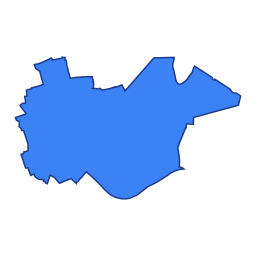 Middelburg, Zeeland, Netherlands (Albers equal-area conic projection)
{"feature_id": "6326949B99945652837924", "entity_name": "Middelburg", "entity_type": "district", "adm_level": 2, "iso_a3": "NLD", "parent_name": "Netherlands", "parent_adm1": "Zeeland", "projection": "albers", "projection_center": [3.627, 51.502], "detail": "fine", "context": "isolated", "style": "filled", "palette": "blue", "viewbox_px": 256, "rotation_deg": 0, "n_neighbors": 0, "source": "geoboundaries", "source_scale": "gbopen_adm2", "svg_char_len": 5082}
<svg xmlns="http://www.w3.org/2000/svg" viewBox="0 0 256 256"><path d="M186.3,126.4L186.4,123.9L189.7,124.0L193.3,124.3L193.6,117.4L211.7,112.5L238.4,105.2L239.0,102.9L240.6,96.0L236.0,93.0L235.2,93.1L234.7,93.1L234.3,93.0L233.7,92.9L233.3,92.8L232.9,92.6L232.6,92.4L232.4,92.3L232.0,91.9L231.5,91.4L231.0,90.6L230.9,90.4L230.1,89.2L215.1,79.4L215.0,79.8L214.8,80.3L214.5,80.2L214.4,80.1L214.4,79.9L214.0,79.6L213.2,79.4L212.7,79.0L212.4,78.6L212.3,78.4L212.2,78.3L212.1,78.1L211.9,77.3L194.6,66.1L193.9,67.3L193.6,68.0L193.3,68.8L192.7,70.5L192.5,71.3L192.4,71.9L192.1,72.4L191.9,72.8L191.6,73.3L191.3,73.7L191.0,73.9L190.5,74.4L189.9,75.1L189.4,75.9L187.9,78.1L186.5,79.9L185.3,81.1L183.2,82.6L182.4,83.2L181.7,83.7L181.1,83.9L180.6,84.1L179.7,84.4L177.4,83.0L177.2,82.8L177.0,82.5L176.7,82.1L176.4,81.5L176.2,81.0L176.0,80.5L175.8,80.0L175.7,79.2L174.0,71.4L173.7,69.9L172.9,67.3L172.8,66.6L172.7,66.0L172.7,65.4L172.9,63.6L173.2,62.2L173.6,61.0L173.8,60.4L173.9,59.9L174.2,57.4L153.9,57.9L153.2,58.6L153.0,58.9L152.3,59.6L150.4,61.9L149.7,62.7L147.7,64.9L147.1,65.7L136.7,77.6L136.4,77.9L136.3,78.1L135.0,79.6L134.7,79.9L133.4,81.5L131.2,83.9L125.0,91.0L124.0,89.0L123.9,89.1L122.9,87.1L121.9,84.9L115.6,87.3L115.3,86.7L109.4,88.8L109.3,88.7L102.4,90.1L101.2,89.3L101.0,89.2L99.7,88.3L99.3,89.0L93.1,88.3L93.3,88.2L93.4,87.8L93.4,87.3L93.4,85.8L93.4,85.5L93.5,85.2L93.6,84.7L93.6,83.8L93.6,83.4L93.6,83.1L93.6,82.9L93.5,82.6L93.3,82.2L93.2,81.9L93.4,81.3L93.4,81.1L93.0,80.1L92.9,79.2L92.6,78.6L92.3,78.3L92.2,77.9L92.2,77.5L92.3,76.8L92.1,76.8L91.0,76.7L90.7,76.8L87.6,76.6L87.3,76.7L87.0,76.8L85.3,76.8L84.4,76.9L83.6,76.9L83.0,76.9L82.8,77.0L82.8,76.9L81.0,77.0L79.0,77.3L79.0,77.2L76.8,77.2L75.4,77.5L70.3,78.4L70.2,78.3L70.3,78.2L69.3,75.0L67.3,67.3L67.2,67.0L66.7,65.1L66.7,64.5L66.7,64.1L66.4,61.5L66.2,60.3L66.1,60.2L65.8,60.0L65.6,60.0L65.3,60.0L65.1,60.0L65.0,59.9L65.0,59.7L65.0,58.8L65.1,57.5L64.7,57.5L63.5,57.4L62.2,57.2L62.1,58.1L52.5,60.0L51.5,58.1L51.4,58.0L51.2,58.0L50.0,58.6L48.9,59.3L48.1,59.7L44.4,61.3L42.3,62.3L38.9,63.6L38.6,63.8L36.5,64.1L36.0,64.3L34.4,64.5L35.5,68.2L35.5,68.3L39.6,71.2L39.7,71.3L40.4,73.8L40.9,75.8L42.1,79.9L43.4,84.3L39.2,85.9L31.6,87.9L31.7,88.6L26.4,90.2L27.0,96.1L24.7,96.4L24.7,96.5L24.7,96.8L24.8,97.1L24.9,97.5L25.2,99.0L25.3,99.5L25.4,99.9L25.4,100.6L25.5,102.8L25.3,103.2L24.8,103.4L23.6,103.2L23.4,103.2L23.0,103.2L22.7,103.3L22.3,103.7L22.1,103.8L21.7,104.0L21.3,104.2L20.1,105.3L20.0,105.5L20.3,105.8L23.4,110.0L23.6,110.3L24.1,111.0L24.4,111.3L25.4,112.6L25.8,113.1L26.0,113.4L25.6,113.8L25.3,114.1L25.0,114.3L16.7,117.1L16.3,117.2L15.4,117.6L15.5,117.9L16.4,120.1L16.5,120.3L16.7,120.5L16.8,120.5L17.3,120.6L17.8,121.0L18.6,121.3L19.0,121.6L19.1,122.0L19.2,122.5L19.3,123.1L19.3,123.5L19.1,126.5L19.2,126.8L20.0,127.5L20.4,127.9L20.9,128.4L21.2,128.7L21.2,128.8L21.3,128.9L21.3,129.1L21.3,129.3L21.4,129.8L21.5,130.1L21.6,130.3L21.8,130.4L22.0,130.4L22.4,130.4L22.8,130.5L23.3,130.5L23.5,130.6L23.7,130.8L23.7,131.0L23.8,131.3L23.9,131.6L24.0,131.8L24.2,132.0L24.1,132.4L24.2,132.5L27.3,141.7L28.0,143.6L28.1,146.2L28.1,146.6L28.0,146.8L28.0,147.0L28.0,148.6L28.2,150.5L28.1,150.8L24.6,151.8L23.7,152.0L23.5,153.2L23.5,153.5L23.4,153.7L23.2,153.8L22.6,154.0L22.1,154.0L21.8,154.1L21.3,154.3L21.0,154.4L23.1,160.1L23.2,160.5L23.5,161.6L24.3,164.2L24.4,164.5L24.7,165.4L25.7,168.1L26.1,168.0L27.8,167.7L30.7,175.4L33.1,174.4L33.8,174.1L33.9,174.4L34.4,175.4L34.7,176.1L34.9,176.5L35.2,176.8L35.4,177.0L35.5,177.1L35.7,177.3L38.0,178.9L38.5,179.1L38.8,179.2L39.4,179.3L43.8,179.9L43.6,181.3L44.8,181.6L45.5,183.0L47.3,183.7L50.1,175.2L52.4,176.4L54.3,177.5L56.9,180.3L57.1,180.6L59.5,183.3L64.2,181.3L71.0,178.6L71.4,178.9L76.2,183.3L76.2,183.0L76.3,182.8L76.3,182.7L77.0,182.0L77.2,181.8L77.3,181.8L77.8,181.7L78.1,181.5L78.4,181.1L78.5,181.0L79.3,179.7L80.8,178.0L81.9,177.1L82.2,176.7L83.8,174.7L85.6,172.6L85.9,172.1L86.1,171.9L86.3,172.0L87.4,172.8L89.1,174.2L89.8,174.8L92.0,176.7L93.3,177.9L93.8,178.3L93.8,178.5L95.3,179.9L96.3,180.9L97.9,182.5L99.3,183.9L100.9,185.4L101.9,186.5L102.4,187.0L103.0,187.5L103.0,188.0L108.5,193.2L108.8,193.4L110.1,194.4L110.9,195.0L111.3,195.2L111.9,195.6L113.9,196.5L114.8,196.9L115.7,197.3L116.4,197.5L118.1,198.0L119.1,198.2L120.8,198.6L121.7,198.7L122.8,198.8L123.5,198.8L124.1,198.8L125.2,198.8L126.1,198.8L127.3,198.6L128.1,198.5L129.0,198.3L130.2,198.0L133.0,196.8L135.6,195.7L136.4,195.3L137.9,194.4L138.1,194.1L140.3,192.6L141.7,191.6L142.8,190.8L144.5,189.4L147.8,186.8L148.7,186.2L150.1,185.5L152.0,184.7L153.3,184.0L154.0,183.7L154.5,183.4L155.6,182.8L158.3,181.2L159.8,180.2L162.6,178.6L168.6,174.7L168.6,174.2L173.5,171.7L174.3,171.3L175.3,170.9L176.1,170.6L176.9,170.2L177.8,170.0L178.4,169.8L179.9,169.5L181.3,169.2L182.9,169.0L183.0,169.1L183.9,169.0L183.4,168.6L183.0,168.2L182.3,167.9L181.9,167.6L181.3,167.4L180.6,167.2L179.9,167.1L179.2,167.0L179.6,161.1L178.9,154.8L178.6,152.5L178.6,152.4L178.5,152.0L177.8,147.7L178.9,144.8L178.8,144.4L185.5,128.3L185.6,128.2L185.6,127.9L186.1,127.9L186.3,126.4Z" fill="#3b82f6" stroke="#1e3a8a" stroke-width="1.5"/></svg>